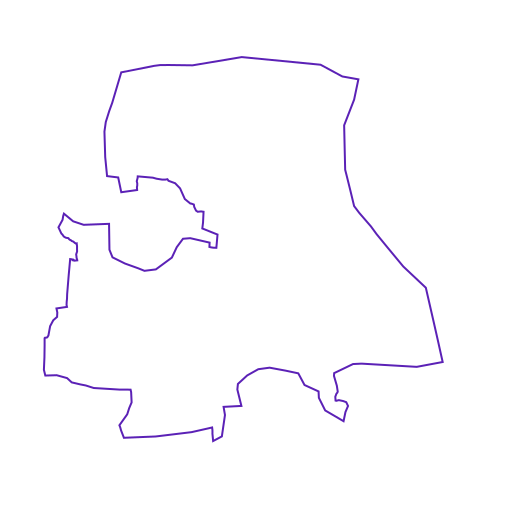 the district of Illela, Sokoto, Nigeria, rotated 98°
{"feature_id": "59680162B27389948970996", "entity_name": "Illela", "entity_type": "district", "adm_level": 2, "iso_a3": "NGA", "parent_name": "Nigeria", "parent_adm1": "Sokoto", "projection": "albers", "projection_center": [5.376, 13.671], "detail": "fine", "context": "isolated", "style": "outline", "palette": "violet", "viewbox_px": 512, "rotation_deg": 98, "n_neighbors": 0, "source": "geoboundaries", "source_scale": "gbopen_adm2", "svg_char_len": 2584}
<svg xmlns="http://www.w3.org/2000/svg" viewBox="0 0 512 512"><g transform="rotate(98 256 256)"><path d="M92.9,415.0L124.3,419.7L132.8,421.5L144.2,423.4L153.9,423.4L179.0,419.1L197.6,414.6L197.4,403.4L211.6,398.3L207.2,382.9L204.4,383.5L202.8,383.4L200.5,383.7L198.5,384.5L195.2,384.1L193.6,384.2L192.8,369.0L193.3,365.3L193.4,359.7L193.0,356.5L192.3,354.4L193.7,353.1L195.2,346.2L199.6,340.6L209.5,334.4L213.2,328.3L213.1,327.4L213.7,324.7L216.0,324.0L219.4,321.7L220.3,319.9L219.5,316.6L219.5,314.1L230.3,313.1L236.2,313.0L239.2,300.9L240.1,297.1L253.4,296.4L253.7,299.3L253.7,301.8L253.5,303.4L249.2,303.8L247.5,323.6L249.1,330.7L258.3,335.7L269.3,339.1L283.2,353.3L286.2,364.4L284.6,370.8L281.7,384.7L277.3,397.9L270.2,402.0L244.6,406.0L249.1,431.0L247.1,441.9L240.8,452.1L243.2,452.5L247.1,452.6L255.1,455.6L260.8,451.9L261.7,450.7L263.4,449.1L263.9,448.1L264.4,446.6L264.4,444.5L264.5,444.2L265.3,443.5L265.9,442.5L266.0,441.8L266.8,440.5L267.2,438.8L268.3,437.2L268.6,435.9L268.9,435.7L268.6,435.3L271.1,434.6L274.7,434.1L276.3,433.8L277.1,433.9L278.7,434.2L279.5,434.3L281.5,433.7L282.2,433.6L283.3,433.2L283.7,433.0L284.5,432.6L285.2,432.4L285.9,435.2L285.8,435.7L285.8,435.8L285.4,435.8L285.2,436.1L285.5,436.3L285.5,436.8L285.6,437.1L285.0,437.3L284.9,438.2L284.9,439.6L301.2,438.8L320.1,437.7L324.7,437.2L327.7,437.1L330.8,436.8L332.7,436.1L335.7,446.3L339.6,444.9L344.0,444.5L347.8,447.8L354.1,450.1L363.6,450.5L365.6,451.4L366.1,452.5L366.3,453.6L366.8,453.9L373.9,452.9L385.8,451.4L398.2,450.2L403.7,448.0L401.8,436.8L403.2,426.1L406.8,420.9L407.6,412.2L407.9,406.6L409.3,398.3L407.3,372.7L405.8,361.6L408.2,360.7L418.3,358.8L424.3,360.4L430.7,361.5L442.6,367.7L444.6,366.6L447.4,365.4L454.4,361.5L448.7,330.3L439.4,295.3L433.5,279.7L431.9,275.6L434.5,274.9L437.2,274.5L438.2,274.4L438.9,274.2L445.2,272.7L439.4,264.7L417.8,264.6L409.9,267.1L406.5,249.6L390.8,255.9L385.2,256.1L375.5,248.1L367.8,238.0L364.7,227.0L365.4,210.9L366.3,197.8L377.0,190.0L381.4,175.2L387.7,174.0L399.3,166.0L407.4,146.3L398.1,145.7L391.7,144.0L388.2,146.3L387.5,149.5L387.2,153.9L388.2,156.3L388.1,157.1L386.6,157.4L384.4,157.9L381.2,157.2L379.9,156.4L378.9,156.2L373.2,157.9L363.9,162.1L361.1,162.3L349.5,144.9L347.9,136.5L343.4,81.4L335.0,56.4L334.2,56.7L314.7,64.0L297.3,70.6L263.8,83.4L245.9,108.7L229.4,126.8L217.5,139.7L210.7,146.3L198.9,159.8L192.9,165.8L178.2,171.6L163.3,177.6L158.2,179.7L135.1,183.5L114.3,186.9L87.5,180.6L66.8,179.2L66.2,195.5L57.6,218.7L61.0,297.8L76.0,345.3L79.0,368.9L80.3,377.6L81.9,383.4L92.9,415.0Z" fill="none" stroke="#5b21b6" stroke-width="2"/></g></svg>